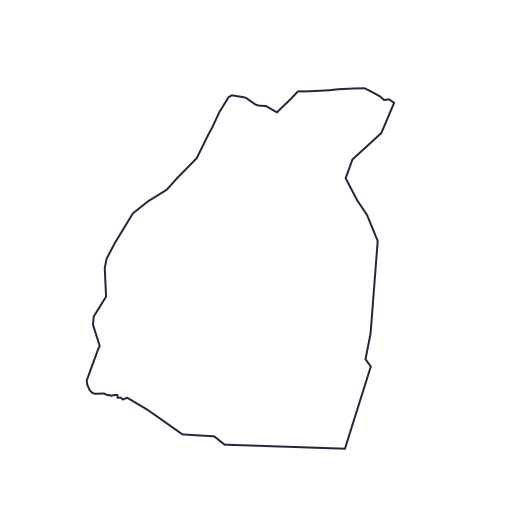 outline of Calabar Municipal, Cross River, Nigeria, rotated 197°
{"feature_id": "59680162B59054541310664", "entity_name": "Calabar Municipal", "entity_type": "district", "adm_level": 2, "iso_a3": "NGA", "parent_name": "Nigeria", "parent_adm1": "Cross River", "projection": "mercator", "projection_center": [8.34, 5.0], "detail": "fine", "context": "isolated", "style": "outline", "palette": "slate", "viewbox_px": 512, "rotation_deg": 197, "n_neighbors": 0, "source": "geoboundaries", "source_scale": "gbopen_adm2", "svg_char_len": 974}
<svg xmlns="http://www.w3.org/2000/svg" viewBox="0 0 512 512"><g transform="rotate(197 256 256)"><path d="M379.7,120.8L381.5,87.4L379.7,83.6L376.0,79.2L373.0,77.4L369.8,77.1L361.1,80.1L357.3,79.5L355.2,80.2L353.9,79.9L351.4,81.3L348.0,82.6L346.9,80.1L343.8,80.9L341.2,79.9L337.7,82.8L313.7,76.9L274.2,63.9L243.2,71.3L230.9,66.4L114.6,97.7L113.9,183.8L121.1,189.3L123.8,215.5L144.0,305.9L161.8,327.7L175.3,338.6L193.0,356.6L192.0,376.5L172.1,410.2L168.7,442.9L174.5,444.7L179.1,442.6L184.1,444.9L195.4,447.2L201.3,448.1L210.3,445.2L217.0,442.8L225.9,439.6L235.0,435.7L246.8,431.4L255.8,428.2L264.0,425.7L268.9,415.9L278.0,399.5L290.4,402.3L297.4,400.6L300.9,400.7L311.9,404.3L315.4,404.1L326.0,402.6L328.6,400.0L333.1,383.0L335.4,366.1L336.5,361.0L337.1,358.0L341.3,332.2L354.1,307.6L360.8,293.2L375.2,276.8L386.2,260.8L394.8,227.0L398.1,209.7L397.1,200.2L387.5,173.3L393.5,150.6L391.8,142.6L379.2,124.3L379.7,120.8Z" fill="none" stroke="#1e293b" stroke-width="2"/></g></svg>